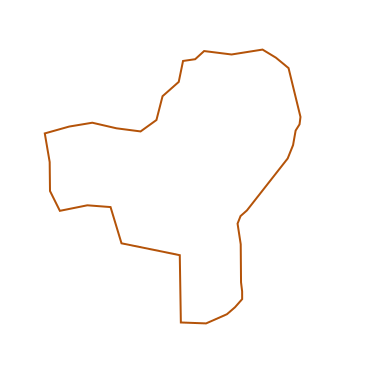 the border of Dokolo, rotated 340°
{"feature_id": "UGA-3100", "entity_name": "Dokolo", "entity_type": "County", "adm_level": 1, "iso_a3": "UGA", "parent_name": "Uganda", "parent_adm1": "", "projection": "albers", "projection_center": [33.084, 1.906], "detail": "fine", "context": "isolated", "style": "outline", "palette": "amber", "viewbox_px": 384, "rotation_deg": 340, "n_neighbors": 0, "source": "natural_earth", "source_scale": "10m", "svg_char_len": 617}
<svg xmlns="http://www.w3.org/2000/svg" viewBox="0 0 384 384"><g transform="rotate(340 192 192)"><path d="M108.2,216.1L110.3,178.3L89.1,168.7L61.4,164.5L58.9,142.5L68.5,115.2L73.7,86.6L99.0,88.5L122.0,92.8L142.8,106.3L164.4,117.5L183.2,112.2L197.1,91.9L217.2,84.0L228.4,65.8L240.4,68.3L251.6,63.7L276.2,76.3L307.0,82.3L316.8,94.5L325.1,108.6L319.6,158.6L316.2,165.2L310.4,169.7L303.0,182.5L293.4,193.2L237.3,228.1L229.4,231.2L224.0,237.3L219.9,257.8L207.2,293.6L205.1,302.6L202.5,309.8L193.0,315.0L183.0,318.8L160.3,320.3L136.9,310.8L158.9,247.2L108.2,216.1Z" fill="none" stroke="#b45309" stroke-width="2"/></g></svg>